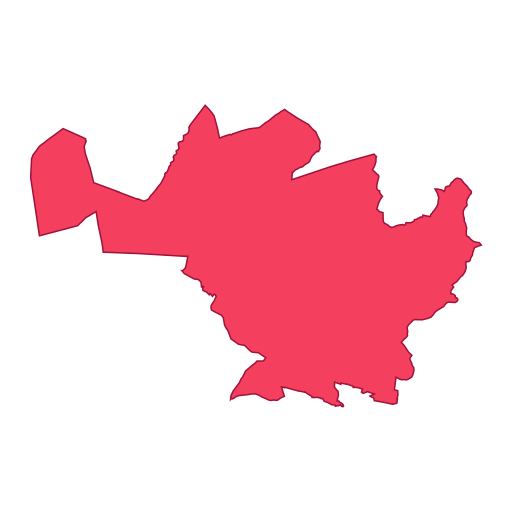 the district of Esperanza, Puebla, Mexico
{"feature_id": "50627088B28279435846357", "entity_name": "Esperanza", "entity_type": "district", "adm_level": 2, "iso_a3": "MEX", "parent_name": "Mexico", "parent_adm1": "Puebla", "projection": "albers", "projection_center": [-97.349, 18.857], "detail": "fine", "context": "isolated", "style": "filled", "palette": "rose", "viewbox_px": 512, "rotation_deg": 0, "n_neighbors": 0, "source": "geoboundaries", "source_scale": "gbopen_adm2", "svg_char_len": 6083}
<svg xmlns="http://www.w3.org/2000/svg" viewBox="0 0 512 512"><path d="M297.4,118.1L286.9,111.2L284.6,109.4L282.7,110.7L281.6,111.1L278.7,113.3L275.4,115.2L269.1,120.4L266.9,122.0L265.6,122.6L261.1,126.3L259.3,127.5L258.0,127.8L249.3,128.8L245.0,130.0L241.8,130.8L233.9,133.5L232.7,133.8L231.5,134.9L230.4,134.3L223.1,136.6L220.4,137.8L219.5,138.0L217.2,127.3L215.0,119.1L213.9,115.6L211.9,112.8L209.5,109.9L205.2,105.3L190.1,125.1L188.9,127.4L189.1,130.1L188.2,132.9L186.8,134.0L183.5,135.6L183.5,139.6L182.8,140.9L181.6,141.4L179.6,141.8L178.2,143.1L178.3,144.9L179.0,147.4L178.5,149.4L176.1,151.0L176.6,153.2L176.1,154.2L173.8,155.7L173.2,157.2L174.0,159.1L173.4,161.2L172.0,161.8L170.6,162.8L170.6,165.1L169.3,166.1L167.6,171.0L166.3,172.7L165.5,172.8L164.8,173.9L164.8,175.8L160.9,183.4L159.1,185.4L154.3,191.7L150.0,196.6L148.9,198.6L147.1,199.9L143.9,201.2L137.1,198.6L137.8,199.4L132.4,197.3L117.8,191.8L118.1,191.7L93.7,182.7L90.2,168.3L85.4,153.9L84.2,146.9L84.6,145.2L86.2,141.1L85.5,139.8L85.6,138.9L83.4,137.7L63.1,128.6L47.4,140.1L45.0,142.1L40.1,145.7L39.3,146.5L33.0,155.0L31.5,159.0L31.5,160.2L30.8,174.7L30.7,177.8L36.8,218.1L39.4,235.8L77.6,225.7L85.9,217.6L96.1,211.6L98.3,225.5L101.6,241.0L102.6,246.7L103.2,252.2L139.5,253.6L184.5,256.3L187.8,256.3L186.3,264.3L185.8,266.5L185.3,267.9L184.7,268.7L182.5,270.8L181.9,270.7L184.3,273.6L194.2,279.0L198.2,279.5L200.6,281.6L201.1,283.0L201.5,286.8L202.5,286.2L203.5,286.8L202.6,287.5L203.0,290.4L204.8,291.5L206.0,291.6L209.2,294.8L210.0,293.6L212.5,296.4L214.0,294.1L214.7,294.8L215.3,294.7L216.2,296.3L214.2,300.7L211.3,305.2L211.1,306.3L211.0,307.5L211.4,309.9L213.7,311.3L221.5,315.3L223.3,317.7L224.6,325.1L225.9,327.8L227.8,330.4L231.0,338.9L238.6,344.3L244.6,345.4L250.1,350.8L252.0,352.1L258.7,352.8L262.3,355.5L264.1,356.6L265.7,357.7L263.4,361.0L257.0,361.0L254.6,363.6L252.3,365.2L245.6,371.0L242.6,377.0L241.0,379.0L239.4,382.7L233.3,390.8L231.2,395.1L230.7,397.5L230.6,399.2L230.8,398.9L232.2,399.0L234.2,398.0L235.3,397.0L238.2,395.8L239.6,395.5L249.0,394.5L250.3,394.1L251.7,394.0L254.9,393.9L256.4,394.2L259.1,395.3L261.7,396.9L263.8,397.8L264.4,398.2L265.1,398.3L268.3,399.9L271.0,400.5L273.7,400.0L276.5,400.4L278.6,399.7L279.3,398.8L280.1,398.3L282.0,397.3L283.9,396.6L284.4,396.3L281.5,386.9L284.4,387.7L284.4,387.3L286.1,387.6L299.0,391.2L299.7,391.1L302.0,391.6L304.9,392.3L305.0,392.0L305.4,392.1L307.1,393.5L312.1,396.6L312.0,397.5L314.5,397.6L317.5,397.3L319.1,397.9L319.7,397.8L320.4,398.1L321.1,398.7L322.2,398.5L322.7,398.9L324.3,401.4L327.5,402.4L329.8,403.6L331.1,404.5L332.6,404.9L334.0,404.8L335.0,405.1L335.2,406.1L335.5,406.3L337.0,405.8L338.0,405.8L340.3,405.0L341.1,405.5L341.4,406.2L342.0,406.5L342.9,406.7L343.5,406.3L343.3,405.1L342.3,403.7L340.2,402.4L339.3,402.0L339.1,401.2L338.4,400.9L337.1,400.9L338.5,394.8L338.0,391.2L337.4,390.8L335.2,388.0L334.5,387.5L334.6,382.2L340.8,384.3L340.8,383.1L347.0,384.3L347.0,384.1L353.5,386.4L353.2,387.4L357.0,387.5L359.8,388.2L362.5,389.2L361.4,392.1L363.1,393.4L367.5,391.7L374.4,394.0L369.9,396.0L369.9,396.3L373.7,398.0L374.4,400.8L375.9,400.9L386.6,402.9L392.7,404.3L395.7,403.5L396.8,403.3L397.5,398.8L396.9,398.7L397.8,395.9L397.9,394.1L397.7,390.6L394.4,389.9L396.0,377.2L399.8,379.2L401.4,379.7L403.9,379.6L406.7,379.9L408.8,378.9L411.4,377.3L412.3,376.0L413.1,374.1L414.0,370.0L413.7,367.4L412.6,366.2L412.0,364.7L411.8,363.5L410.0,359.6L409.9,358.2L411.9,355.3L408.8,352.5L404.4,345.8L402.8,343.9L401.3,342.4L404.3,339.0L405.4,338.2L407.1,336.4L407.6,335.0L407.2,333.5L407.8,331.8L407.0,327.4L408.7,324.6L413.5,319.9L415.6,319.6L418.1,319.8L418.9,319.7L420.8,319.8L422.8,319.7L428.2,318.3L430.9,317.2L433.3,314.7L434.8,312.4L437.2,310.4L443.1,306.9L444.1,305.9L445.9,303.6L447.3,302.5L449.3,302.0L450.8,302.3L455.2,302.5L456.8,301.6L457.7,300.3L457.7,298.8L457.0,298.0L455.4,297.4L455.3,296.2L455.1,295.4L453.2,294.1L450.8,293.7L450.9,291.1L452.2,288.8L453.7,287.1L452.0,285.0L457.0,281.4L460.9,276.5L462.4,275.7L464.3,272.9L465.1,271.5L466.3,267.4L466.0,265.6L465.8,263.4L466.0,261.6L467.6,261.8L469.0,261.4L470.1,260.3L470.9,257.6L472.4,255.2L472.9,252.0L473.5,250.8L474.2,248.2L475.5,247.1L477.0,246.8L477.8,246.2L481.3,245.1L479.5,242.9L478.9,242.6L476.7,242.3L474.1,241.7L472.0,240.3L470.5,239.1L469.1,237.2L467.2,236.3L466.8,236.0L466.2,233.8L466.3,231.0L466.7,227.9L465.9,225.6L465.7,224.2L464.4,221.4L464.3,220.6L464.2,218.2L463.5,215.6L463.3,213.6L463.1,212.9L463.2,211.6L463.8,209.9L464.9,207.9L466.0,206.6L466.9,205.9L467.0,204.3L466.5,202.5L467.1,199.8L467.4,198.9L468.2,197.9L469.4,195.4L471.0,193.8L471.4,192.6L471.4,191.7L470.9,190.8L469.3,189.3L467.2,186.3L464.0,183.1L461.2,179.4L460.4,179.0L458.5,178.4L457.5,178.2L456.5,178.3L455.6,178.8L453.8,180.3L453.1,181.5L452.5,181.7L451.0,183.1L449.7,185.8L449.3,186.1L447.2,186.3L446.0,186.8L445.6,187.1L444.6,190.7L444.2,191.5L442.7,190.4L441.3,189.8L437.0,189.0L435.0,189.0L437.7,193.8L438.0,195.5L438.7,197.3L438.6,198.4L438.1,201.7L438.1,202.8L437.5,205.0L436.8,206.6L434.0,210.7L433.0,211.7L432.1,213.1L430.7,214.7L430.4,216.5L426.7,216.0L423.0,215.1L422.4,217.1L420.4,217.0L416.4,219.4L414.5,219.6L414.0,221.2L410.5,222.8L406.2,222.6L405.5,223.7L405.4,224.7L404.4,225.2L402.4,224.5L398.6,225.1L395.6,226.0L393.5,227.1L391.3,227.3L390.4,227.0L389.5,226.5L387.8,224.9L384.8,223.4L383.8,222.4L383.2,220.6L383.0,212.6L379.3,211.6L378.3,210.2L376.7,209.2L378.5,203.5L379.4,201.3L381.1,198.2L382.5,196.5L379.9,193.2L379.6,191.7L379.7,190.9L378.0,190.4L377.0,188.7L376.8,188.0L376.7,186.7L377.2,183.3L378.4,178.3L378.8,177.3L378.7,175.9L378.2,175.0L377.2,174.3L372.5,169.7L374.5,166.2L375.9,161.8L376.0,157.7L376.5,156.8L375.5,155.6L374.8,155.1L374.1,154.1L350.4,160.7L329.9,166.9L291.7,179.7L292.4,172.2L293.1,172.3L294.8,170.4L295.9,169.6L298.5,168.5L299.3,167.7L302.5,166.8L305.2,164.5L308.2,162.7L309.5,161.5L310.6,158.9L312.2,155.9L316.9,151.3L318.0,151.8L318.8,151.1L319.2,149.5L319.5,149.3L319.8,149.2L320.0,147.9L319.6,146.3L320.2,141.5L316.2,133.0L316.1,132.2L312.2,128.7L308.6,124.6L297.4,118.1Z" fill="#f43f5e" stroke="#9f1239" stroke-width="1.5"/></svg>